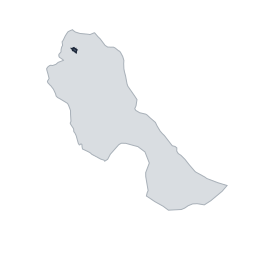 Pureņu pag., Ludzas, Latvia (highlighted), rotated 226°
{"feature_id": "27541924B20679895578049", "entity_name": "Pureņu pag.", "entity_type": "district", "adm_level": 2, "iso_a3": "LVA", "parent_name": "Latvia", "parent_adm1": "Ludzas", "projection": "natural_earth1", "projection_center": [27.639, 56.462], "detail": "fine", "context": "in_parent", "style": "filled", "palette": "slate", "viewbox_px": 256, "rotation_deg": 226, "n_neighbors": 0, "source": "geoboundaries", "source_scale": "gbopen_adm2", "svg_char_len": 2806}
<svg xmlns="http://www.w3.org/2000/svg" viewBox="0 0 256 256"><g transform="rotate(226 128 128)"><path d="M189.1,175.3L187.5,175.1L183.2,173.9L179.5,172.0L177.3,169.6L173.5,166.2L170.9,164.5L167.0,162.3L160.5,158.0L158.1,156.9L146.4,155.0L142.2,154.2L138.4,149.2L137.2,146.3L135.3,145.8L133.2,146.4L130.9,147.0L125.6,150.4L123.9,150.8L120.6,150.9L113.0,151.6L109.5,150.4L103.5,149.0L100.2,148.8L97.3,148.9L84.5,147.5L82.1,149.0L79.8,149.3L77.5,147.0L74.7,146.4L71.5,147.1L65.8,147.2L59.0,146.5L50.3,146.0L49.0,146.2L39.3,149.2L36.9,149.6L26.3,154.6L17.8,159.3L17.1,151.8L18.2,136.9L19.7,129.5L25.5,125.2L28.5,121.8L30.3,117.3L31.0,113.2L32.3,109.8L40.8,100.0L47.4,98.9L56.3,96.2L66.3,94.0L68.1,96.8L69.0,99.0L80.7,107.0L83.6,109.7L88.0,119.0L99.0,123.6L107.7,122.2L111.5,119.9L118.6,115.7L121.7,112.6L122.4,109.7L121.4,97.1L119.6,91.6L120.3,88.2L121.6,88.4L124.5,86.8L134.2,83.7L136.2,83.6L138.4,83.0L144.5,80.7L146.4,81.9L148.0,83.3L149.0,83.3L149.4,82.8L149.3,81.9L149.7,81.2L151.5,81.6L158.5,85.4L161.2,86.3L163.0,86.5L165.2,88.3L171.2,89.5L172.0,90.4L172.4,91.6L178.0,96.4L180.5,98.8L185.5,101.0L187.7,101.6L196.5,99.3L198.9,98.5L200.9,98.5L203.0,99.7L207.7,101.3L211.9,101.8L212.7,101.7L216.3,101.8L217.6,102.5L218.4,105.6L222.5,108.0L226.3,110.0L227.3,110.9L227.6,112.7L227.4,114.8L226.9,115.9L225.3,117.2L223.9,120.3L223.7,123.4L221.5,128.6L222.0,128.7L226.6,127.8L227.9,128.3L229.0,129.5L229.3,132.7L230.8,134.2L232.3,136.5L232.8,138.3L235.8,140.5L236.0,141.9L237.8,146.8L238.5,149.6L238.9,151.8L238.0,154.6L237.2,156.4L236.3,156.3L233.6,156.8L229.4,159.1L223.2,164.4L221.6,165.6L220.0,169.7L219.6,170.1L215.9,169.9L214.9,169.8L211.3,169.9L203.4,168.9L200.3,169.6L196.2,173.7L194.6,174.3L189.9,174.9L189.1,175.3Z" fill="#d9dde1" stroke="#a8b0b8" stroke-width="1"/><path d="M221.2,145.4L221.2,145.2L221.3,145.0L221.5,145.0L221.6,144.9L221.8,144.8L221.9,144.7L222.0,144.7L222.1,144.8L222.4,144.9L222.5,144.9L222.9,144.9L223.0,144.9L223.3,144.9L223.4,144.7L223.2,144.4L223.3,144.3L223.6,144.1L223.7,143.9L223.7,143.7L223.7,143.4L223.7,143.2L223.8,143.1L224.0,142.9L224.2,142.7L223.9,142.7L223.7,142.6L223.4,142.7L223.4,142.8L223.3,143.0L223.2,143.1L222.9,143.1L222.7,142.9L222.7,142.7L222.7,142.4L222.5,142.2L222.4,142.2L222.2,142.1L222.0,142.3L221.9,142.3L221.8,142.5L221.7,142.5L221.4,142.5L221.2,142.6L220.9,142.6L220.7,142.7L220.6,142.8L220.4,142.8L220.2,142.8L219.9,142.8L219.6,142.8L219.3,142.8L219.2,142.9L219.0,143.0L218.9,143.0L219.0,143.1L219.0,143.3L219.0,143.5L218.9,143.6L218.7,143.6L218.8,143.7L218.8,143.8L219.0,143.9L219.1,144.0L219.3,144.3L219.5,144.5L219.6,144.8L219.8,145.0L220.0,145.0L220.3,145.2L220.2,145.3L219.9,145.3L219.8,145.5L220.0,145.5L220.2,145.4L220.3,145.4L220.5,145.4L220.8,145.3L221.0,145.3L221.2,145.4Z" fill="#64748b" stroke="#1e293b" stroke-width="1.5"/></g></svg>